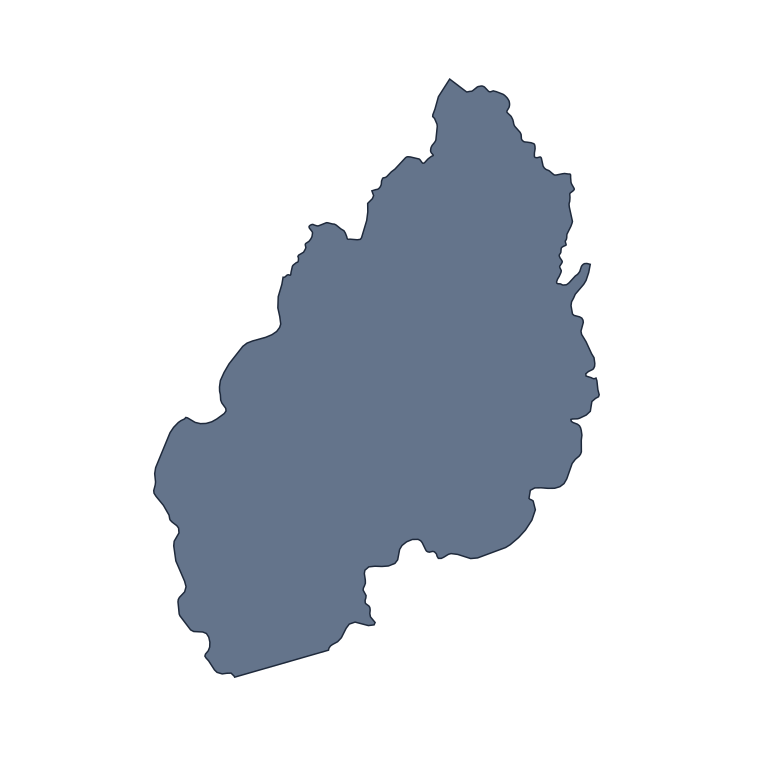 the border of Northern Areas, rotated 98°
{"feature_id": "PAK-1111", "entity_name": "Northern Areas", "entity_type": "Centrally Administered Area", "adm_level": 1, "iso_a3": "PAK", "parent_name": "Pakistan", "parent_adm1": "", "projection": "albers", "projection_center": [74.17, 35.776], "detail": "fine", "context": "isolated", "style": "filled", "palette": "slate", "viewbox_px": 768, "rotation_deg": 98, "n_neighbors": 0, "source": "natural_earth", "source_scale": "10m", "svg_char_len": 6135}
<svg xmlns="http://www.w3.org/2000/svg" viewBox="0 0 768 768"><g transform="rotate(98 384 384)"><path d="M543.2,267.1L544.8,273.9L542.5,287.3L542.6,294.0L543.7,296.5L547.2,300.7L548.7,303.0L549.1,305.9L547.3,307.4L544.9,308.5L543.1,310.8L543.0,312.6L544.2,315.6L544.1,317.4L543.5,318.7L542.5,319.6L535.8,324.1L534.1,325.9L533.1,328.6L534.0,334.3L537.1,339.6L541.4,343.7L545.7,345.5L556.2,346.0L560.1,348.2L563.6,354.3L565.0,360.7L565.7,367.6L567.2,373.6L571.1,377.0L574.4,377.1L580.8,375.2L583.9,374.7L586.7,375.3L588.9,376.0L591.0,376.0L596.0,372.3L598.4,372.2L600.8,372.6L603.4,372.1L604.3,371.1L605.9,368.1L607.2,367.0L608.7,366.5L610.2,366.2L613.3,366.1L616.5,365.0L621.4,359.6L623.9,360.3L625.4,365.8L623.8,379.5L626.6,385.0L631.2,387.5L641.2,390.9L645.7,394.1L649.1,398.7L650.9,400.6L653.4,401.8L655.3,401.9L695.1,491.1L694.2,491.7L691.6,495.2L692.3,499.3L693.6,503.9L692.8,509.2L690.7,512.1L682.6,519.1L680.1,522.1L678.4,523.5L676.3,523.2L672.6,520.9L668.8,520.0L663.9,520.5L659.1,522.3L655.8,525.1L654.8,529.0L655.6,538.0L654.4,541.3L642.0,553.8L640.3,554.8L628.4,557.7L626.0,557.7L623.8,556.9L617.6,552.5L612.3,551.8L607.1,554.0L588.2,565.5L573.5,569.7L568.9,569.9L560.0,566.3L555.2,567.4L553.1,569.5L550.3,574.5L548.5,576.8L547.5,577.4L543.8,578.6L534.8,585.6L527.0,594.1L524.2,596.5L521.6,597.2L515.7,596.5L512.8,596.6L504.7,598.6L498.6,598.5L462.0,589.1L456.2,586.3L450.7,582.3L448.4,579.8L446.4,576.7L444.7,575.6L444.9,573.8L448.3,565.7L448.8,560.3L447.8,554.7L445.4,549.3L442.0,544.8L435.5,538.1L432.7,536.7L430.2,537.3L425.3,542.0L422.6,543.5L417.2,544.6L414.0,545.8L409.8,546.5L403.3,546.5L394.8,544.0L385.5,540.2L366.4,529.1L362.6,525.4L359.6,520.0L354.2,507.6L350.8,501.9L346.9,497.6L342.5,495.2L339.0,494.6L331.8,496.6L323.4,499.7L312.2,500.9L299.5,499.0L292.3,498.8L292.3,497.8L292.1,497.4L291.6,496.8L289.6,495.1L289.2,494.2L289.1,493.5L289.4,492.3L289.2,491.8L288.7,491.6L286.1,491.6L280.2,491.1L279.5,490.8L278.7,490.3L276.0,487.7L275.7,487.2L275.5,486.6L275.0,486.2L274.1,486.0L271.9,486.1L270.8,486.4L269.7,487.0L268.8,486.7L268.2,486.4L264.7,482.0L261.2,480.6L259.7,480.4L257.3,481.3L256.5,481.4L255.7,481.0L253.1,478.1L250.6,476.7L249.0,476.1L247.8,475.8L244.4,475.8L244.0,475.9L243.1,476.4L240.2,479.4L239.7,479.8L238.8,480.1L238.3,480.1L237.7,479.7L236.9,479.0L236.0,477.4L235.9,476.6L236.0,475.9L236.3,475.1L236.7,472.5L236.7,471.8L236.5,470.9L232.4,463.7L232.2,463.1L232.2,461.8L232.7,457.2L232.6,455.6L232.7,455.1L233.2,453.6L236.4,448.3L237.8,445.0L239.9,443.3L243.3,441.4L244.6,440.9L245.3,440.5L245.6,440.1L245.7,439.6L245.3,437.8L244.9,430.8L244.8,430.2L244.0,427.5L242.2,426.6L224.5,423.9L215.8,424.0L207.4,425.3L202.1,421.3L198.9,420.5L194.4,422.9L192.6,419.1L192.1,417.4L190.7,416.0L189.5,415.3L188.5,414.9L186.9,414.5L186.1,414.5L183.4,414.7L180.9,414.1L180.4,413.9L180.0,413.5L179.4,411.7L179.0,411.0L178.2,410.1L172.9,406.3L169.7,403.1L157.1,394.3L156.3,393.5L155.8,392.7L155.6,391.7L155.5,389.4L156.3,380.6L156.5,380.1L156.9,379.6L159.5,377.1L159.9,376.5L159.9,375.9L159.7,375.3L159.3,374.7L155.2,371.9L153.7,370.5L151.8,368.5L151.3,367.5L151.0,367.2L150.6,367.1L149.9,367.6L148.8,369.0L147.7,369.9L147.0,370.2L146.1,370.4L144.6,370.4L143.2,370.3L141.1,369.6L140.1,369.0L139.0,368.3L137.0,367.2L135.9,366.8L135.1,366.6L121.5,367.1L119.3,367.7L114.0,370.9L112.4,373.0L110.5,373.1L104.7,371.8L91.9,370.1L72.9,361.4L83.1,343.2L83.3,342.6L82.2,339.5L82.0,338.1L81.1,336.9L76.9,333.0L76.2,331.8L76.1,331.2L75.6,329.9L75.3,328.8L75.3,327.9L75.7,326.3L76.1,325.6L79.7,321.1L79.9,320.0L79.8,319.1L78.5,316.6L78.6,316.0L78.9,313.4L80.5,306.5L81.0,305.4L81.6,304.4L82.4,303.3L83.5,301.9L84.6,300.9L86.4,299.5L88.4,298.8L90.0,298.5L91.3,298.5L92.8,298.7L96.4,300.2L97.2,300.2L98.0,299.9L101.0,295.7L101.6,295.1L104.2,293.3L106.3,292.4L108.2,291.8L109.1,291.4L110.6,290.4L115.7,284.4L116.9,283.5L118.0,282.9L122.2,282.0L123.3,281.2L124.2,279.9L124.6,279.1L124.7,278.2L124.6,276.2L124.6,272.0L125.2,269.0L126.0,268.2L127.5,267.6L130.1,267.1L134.2,267.2L137.5,266.8L138.1,266.5L138.6,265.9L138.7,264.7L138.6,263.8L137.5,261.2L137.5,260.6L137.9,260.0L138.7,259.5L146.0,256.8L147.7,255.4L148.8,253.8L149.2,252.6L149.7,250.5L150.1,249.7L151.9,246.9L153.2,244.7L153.3,244.1L153.3,243.7L153.0,242.3L151.0,236.6L150.4,234.5L150.4,230.8L150.2,229.2L150.5,228.6L151.1,228.3L153.7,227.9L158.2,226.9L159.8,226.1L163.8,223.0L164.5,222.7L165.2,222.8L166.6,223.8L168.8,226.0L169.4,226.4L170.0,226.5L173.4,225.8L177.2,225.5L179.4,225.8L180.6,225.7L183.0,225.1L196.8,220.0L198.7,220.2L201.9,220.9L210.0,223.6L210.8,223.7L213.7,223.4L215.3,223.5L215.9,223.7L216.9,224.3L217.7,224.3L218.5,224.0L220.4,223.1L221.0,223.0L221.5,223.5L222.6,225.3L223.4,226.4L224.0,226.9L224.6,227.3L225.4,227.4L229.0,227.2L230.0,227.5L231.5,228.3L232.2,228.4L233.0,228.2L234.5,227.3L237.2,224.9L238.0,224.5L239.0,224.6L240.0,225.0L242.7,226.3L243.4,226.4L244.2,226.1L246.9,224.3L247.4,224.2L248.9,224.3L253.1,225.5L255.9,226.7L258.6,227.3L259.3,227.2L260.2,226.8L260.5,225.8L260.3,223.4L260.4,222.8L261.0,221.3L261.1,220.5L260.4,217.3L259.6,216.3L258.0,214.8L250.4,209.6L248.5,207.6L246.7,206.5L245.3,205.8L240.3,204.9L239.3,204.5L238.0,203.6L237.2,202.7L236.8,201.9L236.4,199.8L236.8,196.4L245.1,196.8L253.3,198.3L257.5,200.1L268.5,207.1L272.5,208.2L276.5,209.7L280.4,209.7L288.4,207.1L289.6,205.4L290.3,199.6L291.2,197.3L293.1,195.8L295.3,195.2L304.2,196.3L307.4,195.2L314.0,189.8L325.2,182.6L328.7,179.7L334.3,178.1L337.2,177.9L339.8,178.7L340.7,179.6L343.2,183.3L345.8,185.6L348.0,185.0L348.9,179.6L349.4,178.3L349.6,177.1L349.3,176.0L348.6,174.9L351.2,173.6L359.9,171.4L364.7,169.4L366.8,169.8L368.8,172.5L372.4,175.7L382.3,175.9L386.6,179.4L390.5,185.3L391.5,187.3L392.4,192.4L393.1,194.0L394.9,193.3L395.8,191.6L396.9,186.8L398.2,184.6L400.1,183.2L402.5,182.2L407.1,180.9L412.2,180.8L423.7,179.1L426.1,179.6L428.1,180.6L431.9,184.0L436.5,186.6L452.5,189.8L457.6,191.9L461.2,195.5L463.5,200.5L464.5,207.0L464.9,213.9L465.9,220.2L468.9,224.3L477.1,224.5L477.9,223.3L478.3,221.6L479.1,220.0L487.5,216.6L498.2,218.6L508.9,223.6L517.4,229.4L525.5,236.6L529.0,240.8L543.2,267.1Z" fill="#64748b" stroke="#1e293b" stroke-width="1.5"/></g></svg>